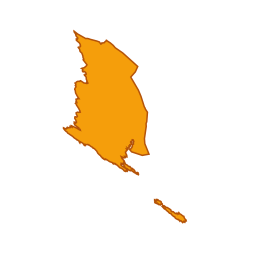 Agdenes nor, Sør-Trøndelag, Norway, rotated 228°
{"feature_id": "86288312B44051007085093", "entity_name": "Agdenes nor", "entity_type": "district", "adm_level": 2, "iso_a3": "NOR", "parent_name": "Norway", "parent_adm1": "Sør-Trøndelag", "projection": "equal_earth", "projection_center": [9.612, 63.516], "detail": "fine", "context": "isolated", "style": "filled", "palette": "amber", "viewbox_px": 256, "rotation_deg": 228, "n_neighbors": 0, "source": "geoboundaries", "source_scale": "gbopen_adm2", "svg_char_len": 5822}
<svg xmlns="http://www.w3.org/2000/svg" viewBox="0 0 256 256"><g transform="rotate(228 128 128)"><path d="M236.0,152.7L235.5,152.3L234.2,152.1L232.6,152.1L232.4,152.0L232.5,151.7L231.1,151.0L228.4,150.9L227.9,150.0L228.3,149.9L228.8,149.2L227.7,148.3L223.8,148.8L221.9,148.4L221.4,147.7L220.8,147.7L220.4,147.2L220.4,146.6L221.3,145.1L221.2,144.9L219.1,144.8L216.9,143.6L214.6,143.8L211.8,142.7L210.4,141.7L208.7,141.2L208.7,140.3L202.4,139.8L202.2,139.3L202.0,138.0L202.2,137.2L201.9,136.2L203.2,133.8L203.3,133.4L202.9,133.6L201.6,133.5L201.2,132.4L201.5,132.3L200.5,132.3L200.1,132.1L199.7,132.2L199.4,132.7L199.7,132.9L199.4,133.2L198.3,133.6L196.7,133.5L195.8,132.7L196.0,132.2L196.5,132.0L196.2,131.6L196.3,131.1L196.8,131.2L196.9,131.4L196.9,131.2L196.1,130.9L194.9,131.1L193.5,130.8L192.3,129.7L190.0,128.9L189.8,128.6L190.4,128.0L189.1,128.4L188.6,127.8L188.5,128.3L188.2,128.3L188.3,127.6L189.4,127.1L189.3,126.8L189.9,126.2L191.0,125.4L194.9,124.4L195.1,124.1L194.8,123.6L194.9,123.3L196.0,122.3L196.5,121.5L196.7,120.3L196.4,119.6L196.8,118.7L195.2,118.3L194.7,117.8L194.8,117.3L193.4,116.9L193.4,116.4L193.6,116.3L193.3,116.3L192.7,114.6L192.1,114.1L191.5,114.1L189.1,112.5L185.5,111.6L182.6,111.2L183.6,110.2L183.4,109.9L184.2,108.7L183.8,108.3L182.2,107.4L182.5,107.4L182.5,107.2L181.9,107.2L182.1,106.9L181.7,106.6L181.5,105.4L180.1,105.5L179.6,105.1L175.8,104.5L172.8,103.7L172.4,103.5L172.4,103.0L171.8,102.9L172.6,101.8L173.6,101.1L174.0,99.6L173.0,98.9L170.6,98.3L170.4,97.2L171.7,96.3L171.8,96.0L171.4,95.5L170.6,94.8L169.1,94.6L167.2,93.9L166.6,93.4L168.1,92.2L166.7,91.9L167.5,91.1L165.9,90.5L160.9,91.5L160.0,91.1L159.0,91.5L158.6,91.3L160.1,91.0L159.1,91.1L158.7,90.9L159.3,90.6L161.9,89.9L167.5,87.5L167.0,87.2L167.6,87.2L167.6,86.9L167.5,87.2L167.1,87.1L167.6,86.9L168.0,86.2L166.8,86.1L166.7,85.7L167.5,84.9L167.7,84.1L169.2,83.4L169.2,83.1L168.6,82.6L168.9,82.1L168.6,81.7L168.9,81.2L171.3,80.2L170.9,79.8L168.9,79.6L166.8,79.7L166.3,80.0L164.5,79.8L158.6,81.3L157.2,81.3L153.8,82.1L152.8,82.0L153.3,82.3L151.8,82.7L150.0,82.8L149.8,82.3L149.0,82.2L149.1,82.4L148.6,82.4L149.8,82.8L150.0,83.2L147.2,84.2L146.0,84.2L145.1,83.9L143.6,84.2L143.5,84.4L144.0,84.6L145.5,84.5L143.3,86.1L143.0,86.8L141.9,87.2L141.9,87.6L138.7,88.2L137.4,88.7L136.1,88.8L137.0,88.6L136.6,88.5L135.1,89.2L131.8,89.3L129.4,88.7L126.9,88.8L126.2,89.1L124.6,88.8L124.3,89.0L122.6,88.8L122.3,89.0L122.5,89.2L121.8,89.4L121.6,89.1L122.1,89.0L121.5,89.1L121.5,89.3L119.9,89.6L120.0,90.4L119.7,90.7L120.3,90.3L120.5,90.3L119.7,90.7L120.1,90.8L119.0,90.6L118.1,91.2L115.4,91.8L112.6,93.3L111.8,93.0L111.0,93.1L110.9,93.4L111.4,93.5L110.6,94.1L110.9,94.1L110.4,94.5L109.8,94.2L109.3,94.5L110.3,94.5L110.1,94.7L109.0,94.8L109.0,94.6L108.7,94.6L107.8,95.1L104.0,95.3L102.5,96.1L100.5,96.6L98.5,96.5L97.4,97.1L97.7,97.5L97.2,98.1L95.7,98.4L97.1,98.7L97.0,99.1L99.5,99.3L103.7,98.1L105.3,98.0L105.5,98.2L105.2,98.4L105.5,98.6L105.1,99.2L106.2,99.4L105.7,100.0L104.6,100.7L103.2,100.0L101.7,99.9L101.5,99.5L100.9,99.3L99.6,99.4L99.2,99.8L97.3,99.7L99.2,100.0L95.6,100.6L94.7,101.2L95.1,101.5L94.8,102.0L90.3,102.9L89.8,103.4L88.1,103.5L87.8,104.0L85.7,104.5L87.6,104.8L87.7,105.2L86.9,105.3L87.8,105.5L88.6,105.3L88.7,104.7L89.1,104.6L89.1,104.1L89.4,103.9L91.3,103.9L90.9,103.7L91.3,103.6L91.6,103.7L91.6,104.3L93.4,104.5L94.0,104.1L94.7,104.2L94.7,103.8L95.3,103.9L95.6,103.7L95.2,103.9L94.9,103.8L95.2,103.5L98.1,103.6L98.1,103.3L99.3,102.7L100.9,102.6L102.7,102.0L104.4,101.8L105.2,101.9L105.6,102.3L104.7,102.6L106.4,103.2L109.2,103.1L109.0,104.0L110.7,103.6L111.3,103.8L108.9,104.9L107.9,105.7L107.8,106.2L108.9,106.4L108.3,106.8L108.7,107.1L107.3,107.9L108.4,108.7L109.4,108.9L109.5,109.2L110.7,109.3L111.8,110.0L111.7,110.6L112.2,111.3L112.0,112.1L112.6,112.7L113.2,112.8L112.3,113.3L112.3,113.6L113.6,114.1L113.0,114.2L113.3,114.4L112.9,114.6L113.0,114.8L112.6,115.2L112.8,115.4L112.6,115.6L113.4,116.2L113.2,116.5L113.9,116.7L113.1,117.7L114.2,118.2L113.7,118.6L113.7,119.8L115.2,120.3L114.6,121.0L116.0,121.0L116.0,121.3L115.6,121.5L115.6,122.4L116.5,123.3L115.9,123.9L114.2,123.4L114.0,122.8L113.0,121.9L113.0,121.4L112.4,121.2L112.6,119.9L111.6,119.2L110.8,117.6L110.9,117.1L110.5,115.8L110.9,115.4L110.8,114.8L107.9,114.7L98.1,120.3L94.5,126.1L105.1,130.0L109.1,133.1L117.0,142.6L119.2,144.4L120.1,146.1L126.7,153.0L130.6,153.6L131.4,154.0L132.9,154.3L142.8,158.8L149.1,161.0L164.0,164.1L164.8,171.0L167.2,176.4L187.3,174.3L196.2,172.2L199.3,172.3L203.0,171.8L207.0,170.7L207.5,170.8L207.7,170.6L207.3,169.4L207.5,168.3L207.3,167.3L208.7,165.4L208.3,165.0L208.5,164.0L211.1,164.3L213.5,163.0L219.3,159.2L220.8,158.4L222.1,157.4L222.6,156.5L231.5,153.5L236.0,152.7ZM46.2,100.9L44.8,100.9L45.2,101.2L43.3,101.1L43.0,101.3L43.3,101.4L43.2,101.7L41.2,101.4L39.0,101.8L37.0,101.8L35.5,102.7L34.8,102.4L32.5,102.6L31.4,102.8L30.9,103.3L29.8,102.9L28.6,103.0L26.3,103.9L26.2,104.3L24.4,104.2L24.6,104.5L24.0,104.6L24.0,105.0L23.7,105.3L20.4,105.3L21.1,105.5L21.3,106.1L21.0,106.6L21.2,106.9L20.6,107.0L20.9,107.2L20.1,107.7L20.7,108.3L20.0,109.1L20.9,109.6L21.9,109.4L23.7,109.7L25.0,110.4L25.9,109.9L28.9,109.4L28.7,109.4L29.5,109.0L30.5,109.1L30.4,109.0L31.1,108.6L30.7,108.1L30.7,108.4L30.3,108.3L30.3,108.0L32.0,107.3L31.8,106.9L32.3,106.6L32.2,106.3L33.6,105.8L35.5,105.6L36.2,105.1L36.2,104.7L36.8,104.5L37.4,104.4L38.2,105.0L39.3,104.9L42.6,104.0L42.7,103.8L43.7,103.2L45.0,103.0L44.9,102.8L45.5,102.4L46.3,102.7L46.6,102.4L46.4,102.0L48.2,102.0L46.2,101.8L45.7,101.3L46.2,100.9ZM55.1,98.5L54.6,98.0L54.2,98.1L51.1,99.5L51.4,99.7L50.4,99.7L50.4,100.0L49.2,100.5L49.4,101.1L49.3,101.7L48.3,102.0L48.7,102.7L50.2,102.7L51.1,103.3L52.0,103.1L52.9,102.4L54.9,102.2L55.6,101.6L54.6,101.3L54.8,100.8L56.9,99.8L56.0,99.0L54.7,99.5L54.2,99.3L54.2,99.0L55.1,98.5Z" fill="#f59e0b" stroke="#b45309" stroke-width="1.5"/></g></svg>